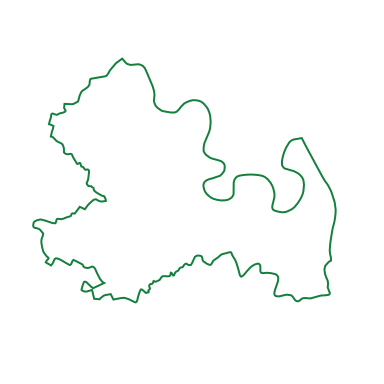 Chau Thanh, Long An, Vietnam, rotated 9°
{"feature_id": "81297802B81408558281677", "entity_name": "Chau Thanh", "entity_type": "district", "adm_level": 2, "iso_a3": "VNM", "parent_name": "Vietnam", "parent_adm1": "Long An", "projection": "mercator", "projection_center": [106.49, 10.464], "detail": "fine", "context": "isolated", "style": "outline", "palette": "green", "viewbox_px": 384, "rotation_deg": 9, "n_neighbors": 0, "source": "geoboundaries", "source_scale": "gbopen_adm2", "svg_char_len": 5978}
<svg xmlns="http://www.w3.org/2000/svg" viewBox="0 0 384 384"><g transform="rotate(9 192 192)"><path d="M292.0,121.6L284.0,124.3L282.1,125.6L280.3,127.8L278.0,133.5L276.8,138.2L276.2,142.7L276.0,147.0L276.5,150.4L277.1,151.9L278.7,153.6L280.0,154.3L289.6,155.5L293.9,157.0L296.6,158.6L299.1,161.1L300.2,163.0L301.5,167.4L301.9,173.6L301.8,175.4L301.4,177.7L300.9,179.7L299.8,182.9L298.0,186.9L295.5,191.0L293.3,193.4L289.6,196.0L287.4,197.2L284.5,197.9L281.5,198.0L277.4,197.6L275.2,197.0L274.4,196.2L273.7,194.9L273.5,192.9L274.2,184.4L273.7,180.7L271.7,175.7L270.3,173.3L268.2,170.6L264.7,167.5L261.9,165.9L259.6,165.2L257.0,164.9L252.7,165.0L248.4,165.4L243.5,166.3L239.1,167.5L236.4,168.4L234.1,169.7L233.0,171.1L232.0,173.3L231.7,176.0L233.4,187.7L233.1,189.0L232.2,191.0L231.1,192.2L229.0,193.9L226.2,195.0L222.0,195.8L217.9,195.8L213.9,195.3L210.9,194.2L207.3,192.0L205.1,189.9L203.9,188.1L202.6,185.3L202.2,183.2L202.4,181.1L203.3,179.5L204.5,178.2L207.0,176.6L210.2,175.2L217.1,171.6L218.6,169.7L220.3,166.7L220.6,165.5L220.4,161.9L219.9,160.2L219.0,158.9L217.4,157.7L215.9,157.0L212.9,156.5L206.4,155.8L204.2,155.2L200.2,153.2L198.7,151.9L197.5,150.4L197.0,149.4L196.5,145.9L196.6,141.7L199.5,130.1L199.9,126.1L199.5,120.0L198.0,113.9L196.6,110.6L194.3,107.0L192.8,105.5L189.7,102.9L187.1,101.4L184.3,100.8L181.5,100.8L178.3,101.2L175.5,102.4L172.4,104.3L170.4,105.9L168.0,109.2L166.0,112.9L164.1,115.2L162.1,116.3L158.2,116.8L151.3,116.7L149.4,116.5L144.8,114.3L142.6,112.5L140.8,109.7L140.1,107.8L139.8,102.5L139.5,100.8L138.6,98.0L136.7,93.9L128.5,80.7L126.1,77.1L123.8,75.2L121.3,74.4L119.0,74.2L111.6,76.1L108.1,75.7L106.6,74.9L102.2,71.2L96.8,76.6L91.9,84.7L90.5,88.5L89.8,89.9L89.2,90.8L87.6,91.5L74.7,95.9L74.1,96.3L73.8,96.8L73.7,97.6L73.9,102.3L72.5,104.8L69.9,107.4L68.0,109.1L67.4,109.9L66.8,111.3L66.0,114.1L65.5,119.2L65.1,120.6L61.1,123.6L59.6,124.1L52.3,124.9L52.5,128.8L53.5,130.4L54.3,131.0L54.4,131.8L54.1,132.4L53.3,133.1L51.8,134.0L49.8,134.7L48.5,135.4L47.7,136.2L46.2,136.9L43.9,136.7L42.3,136.3L41.7,136.4L41.1,136.9L40.8,138.4L41.0,140.6L40.5,143.1L40.1,147.4L42.6,147.8L44.9,148.5L44.7,151.6L44.2,154.4L43.9,159.3L45.5,159.4L46.7,160.1L50.1,162.7L52.0,163.5L55.0,164.3L56.6,165.2L57.7,166.9L58.6,168.8L59.4,172.9L60.2,173.6L61.9,174.2L62.8,174.2L64.1,174.0L66.0,173.3L67.1,173.4L67.8,174.1L68.9,176.0L74.1,182.2L74.9,182.1L76.1,181.0L76.9,180.9L77.4,181.3L78.1,183.2L78.7,184.1L80.4,184.3L83.0,186.7L83.6,186.7L85.0,186.1L86.0,186.2L86.6,186.6L87.0,187.4L87.2,189.0L87.4,193.6L87.4,196.1L86.7,199.2L86.7,200.1L87.1,200.9L88.8,202.3L89.9,202.3L91.4,202.0L92.5,202.8L94.0,203.3L94.2,203.5L94.6,205.1L95.2,205.9L97.5,207.4L102.9,209.5L103.8,209.8L105.2,209.8L106.1,210.1L107.8,212.6L108.3,214.3L105.3,215.3L103.3,215.6L102.6,215.6L100.4,215.1L98.6,214.3L97.5,214.4L96.4,215.0L95.3,215.9L92.1,219.9L91.0,221.6L88.9,225.8L83.5,224.2L79.6,231.6L77.0,231.9L76.5,232.6L76.1,234.5L75.6,235.0L72.6,236.4L69.0,238.6L67.1,239.3L64.2,239.4L63.0,239.7L62.6,240.6L62.2,243.7L61.8,244.3L59.1,244.5L51.6,243.2L46.6,242.8L43.3,244.2L42.0,245.0L40.8,246.2L40.5,246.8L40.3,248.7L40.6,250.8L41.0,251.3L41.5,251.7L42.2,252.0L43.6,252.0L46.5,252.4L47.8,253.0L51.5,256.3L51.6,257.8L50.8,262.1L50.9,264.4L51.4,266.3L52.5,269.7L54.2,273.6L55.0,274.8L58.2,278.0L60.4,279.4L60.7,280.0L60.7,280.4L59.2,282.4L58.6,284.4L64.3,286.6L65.5,284.4L66.9,279.6L67.9,278.8L68.7,278.7L71.9,279.2L82.3,283.2L82.9,283.2L83.9,282.1L84.7,279.1L85.2,277.9L85.6,277.7L87.0,278.0L94.6,280.5L95.6,281.2L96.6,282.7L97.7,283.3L100.4,283.5L101.8,283.1L104.7,281.5L105.6,281.2L107.1,281.9L108.4,283.1L110.8,286.9L114.8,292.3L117.0,294.3L118.1,295.1L119.5,295.6L109.5,302.4L107.7,301.7L101.7,297.5L100.3,297.3L99.7,297.5L99.4,297.8L98.7,300.8L98.2,305.3L98.2,306.0L98.7,306.4L100.1,306.9L101.9,307.1L103.7,306.7L108.6,304.4L112.1,312.8L117.5,312.4L117.9,311.6L120.9,308.3L122.5,307.4L127.7,305.6L131.2,310.5L138.9,307.7L141.9,307.1L146.1,307.7L152.4,309.7L153.7,309.8L154.4,309.1L154.9,307.6L155.1,303.9L155.9,298.8L156.6,296.4L157.2,296.1L158.2,296.3L162.2,298.9L162.7,298.8L163.6,298.1L164.7,298.0L164.9,297.5L164.4,296.5L164.4,295.8L165.3,294.9L165.6,293.9L164.6,292.2L164.4,290.7L165.3,289.4L166.7,289.1L167.3,288.5L167.6,287.7L167.9,286.1L168.2,285.8L169.2,286.3L170.2,286.3L173.3,284.3L173.9,283.7L175.2,280.8L176.6,279.6L181.0,279.1L183.0,278.6L183.6,277.6L183.6,275.6L183.8,275.0L184.6,275.2L186.3,277.4L187.0,277.3L187.4,276.8L187.6,275.5L188.2,273.9L188.9,273.1L190.7,271.8L191.8,269.1L192.3,268.6L194.6,267.6L195.6,265.3L196.8,263.9L197.8,263.7L199.3,264.5L201.0,264.6L202.3,264.2L202.5,263.9L203.3,261.8L204.8,256.3L205.0,255.7L206.4,254.4L207.2,254.0L208.7,253.7L211.0,253.8L211.9,254.5L212.4,255.3L213.0,257.3L213.4,258.0L214.1,258.7L217.8,260.5L220.1,261.1L221.1,261.2L221.9,260.9L222.4,260.2L223.8,256.5L228.4,252.0L229.6,250.4L231.1,248.9L239.1,245.4L239.9,245.5L240.4,245.9L241.7,248.2L245.6,252.8L247.1,255.4L250.1,261.6L252.2,266.5L253.4,267.8L253.9,267.9L254.2,267.7L255.2,266.9L256.0,266.0L259.3,260.6L261.7,257.1L263.0,255.7L265.6,253.6L268.2,252.4L269.6,252.6L270.6,253.5L271.1,254.5L271.9,259.5L272.5,260.5L272.9,260.9L274.0,261.1L275.1,261.0L278.4,260.1L282.6,259.8L287.4,260.1L288.9,260.9L290.2,262.2L290.7,263.7L290.9,266.2L290.7,267.8L289.3,275.7L289.1,278.5L289.3,279.6L289.6,280.6L290.0,281.1L290.8,281.6L293.0,281.7L294.8,281.3L300.6,278.9L301.7,278.6L305.7,278.5L306.3,278.6L307.7,279.5L310.8,282.7L312.3,283.4L313.7,283.4L315.0,282.7L317.3,280.1L318.9,279.3L320.5,279.0L325.6,278.6L335.5,274.1L340.5,273.0L343.2,272.1L343.9,271.2L343.9,270.1L341.0,265.1L340.7,261.1L339.9,258.4L338.1,255.6L336.2,252.1L335.4,249.5L334.9,247.4L335.2,244.0L337.0,241.1L338.5,239.1L339.9,238.2L339.9,237.1L339.3,234.5L338.3,232.2L337.2,228.5L336.6,221.2L336.5,214.3L336.6,206.5L337.3,198.7L337.3,194.1L337.1,190.5L336.6,186.7L334.4,179.5L329.8,170.4L328.1,167.8L325.0,163.7L321.2,159.9L317.8,155.7L297.9,129.7L292.0,121.6Z" fill="none" stroke="#15803d" stroke-width="2"/></g></svg>